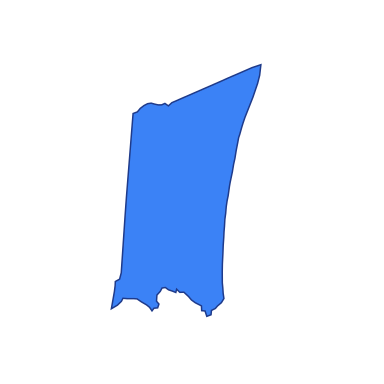 Pirambu, Sergipe, Brazil (orthographic projection), rotated 312°
{"feature_id": "56859067B46148324219241", "entity_name": "Pirambu", "entity_type": "district", "adm_level": 2, "iso_a3": "BRA", "parent_name": "Brazil", "parent_adm1": "Sergipe", "projection": "orthographic", "projection_center": [-36.821, -10.66], "detail": "fine", "context": "isolated", "style": "filled", "palette": "blue", "viewbox_px": 384, "rotation_deg": 312, "n_neighbors": 0, "source": "geoboundaries", "source_scale": "gbopen_adm2", "svg_char_len": 1284}
<svg xmlns="http://www.w3.org/2000/svg" viewBox="0 0 384 384"><g transform="rotate(312 192 192)"><path d="M129.4,287.9L134.2,287.0L137.6,282.9L141.4,279.0L144.8,275.3L152.8,268.0L158.9,262.7L167.0,256.1L173.1,251.0L179.5,246.0L184.0,242.3L188.1,239.2L193.7,234.7L198.7,231.3L204.1,227.2L208.9,224.0L213.5,221.3L217.2,218.8L221.5,215.9L224.7,213.9L234.0,208.5L240.4,204.4L245.7,201.4L252.2,197.2L255.0,195.5L259.2,193.0L263.6,190.3L266.6,189.0L273.7,185.5L277.6,183.7L282.7,181.5L303.3,173.8L316.6,168.1L324.0,164.2L332.7,158.0L324.6,153.4L318.4,150.6L301.6,142.9L294.1,139.6L245.0,117.3L240.2,116.8L239.7,112.6L236.4,111.1L234.1,108.6L232.3,105.4L230.7,102.2L227.9,99.9L224.2,98.5L219.5,97.6L215.0,97.8L210.9,95.7L145.1,146.1L130.7,157.3L84.6,193.5L78.8,196.5L74.2,194.9L70.9,197.6L66.0,201.0L51.3,210.2L58.0,212.3L63.5,212.7L66.8,211.8L69.6,215.5L73.7,220.0L75.8,222.7L76.5,228.0L77.7,233.7L77.9,237.6L76.9,241.8L80.2,241.5L82.9,244.0L86.6,242.4L87.1,238.7L91.9,234.9L96.9,234.9L100.6,234.0L103.2,236.1L103.6,240.0L105.2,243.7L106.5,247.2L109.5,245.6L109.3,250.1L112.1,253.0L112.0,259.4L111.4,263.8L111.9,268.6L113.7,275.2L110.3,278.6L112.3,281.3L109.5,286.2L113.5,288.3L117.0,285.7L121.1,287.3L124.4,287.2L129.4,287.9Z" fill="#3b82f6" stroke="#1e3a8a" stroke-width="1.5"/></g></svg>